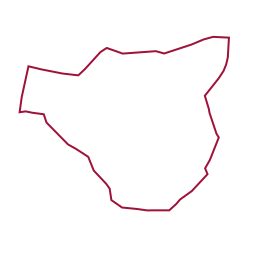 the district of Galshir, Hentiy, Mongolia, rotated 356°
{"feature_id": "93677404B72547167231090", "entity_name": "Galshir", "entity_type": "district", "adm_level": 2, "iso_a3": "MNG", "parent_name": "Mongolia", "parent_adm1": "Hentiy", "projection": "robinson", "projection_center": [110.788, 46.508], "detail": "fine", "context": "isolated", "style": "outline", "palette": "rose", "viewbox_px": 256, "rotation_deg": 356, "n_neighbors": 0, "source": "geoboundaries", "source_scale": "gbopen_adm2", "svg_char_len": 718}
<svg xmlns="http://www.w3.org/2000/svg" viewBox="0 0 256 256"><g transform="rotate(356 128 128)"><path d="M163.4,213.0L170.9,207.1L175.0,202.9L187.3,195.3L204.1,179.6L202.1,173.6L207.5,165.5L217.9,143.8L215.9,140.0L210.4,118.7L209.9,114.3L206.9,101.2L222.0,84.7L227.3,77.7L230.4,71.4L232.5,64.5L235.0,44.9L219.2,43.0L209.4,45.0L197.1,49.2L169.3,56.2L161.1,53.3L127.9,53.4L117.1,48.7L112.3,46.7L105.7,50.4L89.2,66.2L82.1,72.0L66.5,69.1L46.1,63.6L33.0,59.5L24.1,89.9L21.0,104.7L27.1,104.3L33.6,106.1L44.9,108.4L45.2,109.5L47.1,116.9L67.0,140.2L74.5,145.1L86.3,154.0L90.9,168.1L102.4,182.2L105.5,187.3L106.4,198.8L116.5,206.9L131.3,209.4L141.2,211.5L163.4,213.0Z" fill="none" stroke="#9f1239" stroke-width="2"/></g></svg>